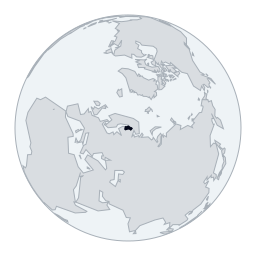 Northern Ostrobothnia highlighted on a globe, orthographic projection, rotated 56°
{"feature_id": "FIN-3180", "entity_name": "Northern Ostrobothnia", "entity_type": "Province", "adm_level": 1, "iso_a3": "FIN", "parent_name": "Finland", "parent_adm1": "", "projection": "orthographic", "projection_center": [26.371, 64.957], "detail": "fine", "context": "on_globe", "style": "filled", "palette": "ink", "viewbox_px": 256, "rotation_deg": 56, "n_neighbors": 0, "source": "natural_earth", "source_scale": "10m", "svg_char_len": 11706}
<svg xmlns="http://www.w3.org/2000/svg" viewBox="0 0 256 256"><g transform="rotate(56 128 128)"><circle cx="128" cy="128" r="113" fill="#eef3f6" stroke="#a8b0b8"/><path d="M25.2,82.1L27.7,76.9L45.9,50.9L49.1,47.7L51.3,46.1L67.9,35.3L55.8,42.0L60.3,38.6L65.8,35.2L65.1,36.0L72.1,33.1L77.5,30.5L86.1,29.2L91.7,32.9L88.5,33.6L90.2,34.5L94.3,33.8L96.6,33.2L108.1,36.7L121.8,37.0L126.1,34.8L125.2,37.2L133.3,31.6L140.7,31.0L132.3,33.2L131.5,34.6L136.5,34.8L136.7,36.3L139.3,37.3L139.1,39.1L134.2,40.5L134.0,41.7L137.5,41.8L139.6,43.8L134.4,43.5L137.4,47.0L129.9,50.2L116.1,48.4L111.8,52.3L97.5,56.1L98.8,57.5L94.2,60.1L93.9,62.8L91.3,62.9L93.4,64.9L95.8,64.3L97.5,65.1L97.5,66.6L94.3,67.0L93.7,66.2L92.8,67.2L91.2,66.7L92.0,67.8L88.0,68.1L92.1,70.1L88.9,72.4L86.3,72.0L86.5,69.0L80.9,61.1L78.2,60.0L74.3,61.4L67.0,70.2L64.1,70.4L60.3,72.9L61.9,74.1L65.4,72.6L67.5,75.6L71.6,73.6L73.0,74.6L77.3,73.9L76.7,77.4L73.8,81.1L70.2,82.0L68.8,83.7L72.3,85.7L65.6,90.1L61.3,98.1L59.5,99.0L56.1,95.4L56.0,88.2L51.6,84.1L54.5,90.2L50.1,92.5L49.4,94.4L49.6,96.4L51.3,96.9L49.8,98.5L46.4,92.9L47.7,91.4L48.8,93.1L48.7,89.8L46.4,86.3L44.3,87.9L42.9,81.4L41.5,82.5L40.4,81.8L42.8,80.5L38.4,82.9L36.5,76.6L30.4,81.1L36.3,73.8L38.4,69.8L40.4,65.4L39.4,66.0L43.5,59.8L44.8,55.7L41.9,56.7L37.9,61.0L33.7,67.6L34.0,68.2L31.9,72.8L30.1,73.0L25.7,82.1L24.3,84.3L22.5,88.4L21.2,92.4L19.6,97.8L19.6,99.2L19.1,103.6L17.9,106.3L18.6,107.0L17.6,111.3L17.4,122.2L17.1,121.9L16.7,134.5L18.2,146.2L18.6,150.6L18.2,150.6L19.2,154.6L19.2,155.5L25.0,171.3L29.4,180.8L30.2,183.6L29.0,181.8L25.5,174.7L22.5,167.4L20.0,160.0L18.0,152.4L16.6,144.6L15.7,136.8L15.4,129.0L15.6,121.1L16.3,113.3L17.6,105.5L19.5,97.9L20.1,95.7L21.0,92.9L21.2,92.2L25.2,82.1ZM28.9,81.9L24.1,93.9L25.3,88.4L25.3,89.1L26.9,85.7L29.2,80.3L30.7,75.8L28.9,81.9ZM30.3,84.3L31.0,82.4L30.6,84.1L30.3,84.3ZM97.6,32.7L94.4,33.7L90.6,33.8L93.2,32.8L97.6,32.7ZM104.9,33.1L103.4,33.9L101.6,32.5L103.0,32.5L104.9,33.1ZM129.1,32.9L126.4,33.1L129.0,32.4L129.1,32.9ZM139.6,37.1L140.3,36.6L141.4,37.4L139.6,37.1ZM77.4,72.1L77.3,73.0L76.6,72.7L77.4,72.1ZM79.3,71.0L78.4,70.0L79.2,69.3L79.7,69.9L79.3,71.0ZM142.0,40.9L143.5,42.4L141.2,41.1L142.0,40.9ZM80.2,72.4L80.6,68.3L82.0,67.1L85.2,68.7L80.2,72.4ZM143.8,43.4L147.3,47.0L149.2,46.1L146.0,50.7L144.0,46.0L140.8,44.6L143.2,44.5L143.8,43.4ZM96.5,63.5L93.9,64.2L96.0,62.2L96.5,63.5ZM97.4,62.0L101.3,55.2L105.2,55.0L103.1,57.3L108.0,56.1L107.9,59.4L105.2,60.8L102.7,60.2L104.6,61.9L97.4,62.0ZM143.6,52.7L143.8,53.8L142.7,52.9L143.6,52.7ZM98.3,65.2L98.8,63.8L102.1,63.5L101.8,66.4L100.8,65.5L98.3,65.2ZM109.3,54.2L111.7,54.6L112.3,57.3L113.4,57.9L108.2,59.5L109.3,54.2ZM100.1,66.4L101.6,67.8L100.1,69.4L98.1,66.6L100.1,66.4ZM103.1,62.3L104.7,62.4L103.7,63.2L103.1,62.3ZM95.5,75.9L96.0,74.1L97.8,73.8L95.5,75.9ZM102.2,68.3L102.7,67.7L103.5,67.4L104.1,68.7L102.2,68.3ZM109.0,61.3L108.8,62.4L111.1,60.8L111.7,62.9L108.2,63.6L109.9,64.2L110.1,64.8L107.0,64.7L109.0,61.3ZM107.0,69.1L102.7,70.9L101.5,74.2L99.9,74.6L102.2,69.1L107.0,69.1ZM107.3,66.5L106.8,68.2L105.0,67.7L104.3,66.3L107.3,66.5ZM113.4,64.1L113.4,60.7L114.2,60.7L113.4,64.1ZM107.0,70.2L108.0,69.7L107.1,70.5L107.0,70.2ZM111.8,66.0L111.7,64.8L112.6,64.8L111.8,66.0ZM110.2,69.9L108.8,70.5L108.3,69.5L110.2,69.9ZM111.2,68.2L112.4,68.5L108.9,68.8L111.0,67.7L111.2,68.2ZM112.6,66.2L113.1,65.8L112.5,66.7L112.6,66.2ZM113.0,73.4L108.7,74.0L107.5,71.8L111.9,71.5L113.0,73.4ZM106.6,238.6L100.6,236.2L103.7,235.3L102.7,233.4L94.0,226.2L95.9,223.1L93.6,220.8L88.7,219.8L86.0,216.8L83.0,215.7L64.6,208.4L59.0,202.1L52.3,186.9L55.6,184.7L56.3,179.1L79.2,170.1L84.0,173.8L102.0,176.7L104.3,178.1L102.1,183.0L115.7,191.4L120.0,187.6L132.3,191.0L140.4,190.2L143.4,180.2L130.0,181.4L127.7,176.5L138.4,171.3L150.1,170.1L149.6,168.2L142.2,164.8L144.9,160.5L139.6,163.3L141.8,165.2L138.5,167.0L136.4,165.4L137.4,163.9L133.9,163.3L129.9,170.9L131.6,173.6L122.4,174.9L124.4,179.6L121.9,181.6L117.6,174.5L118.0,171.9L110.0,163.2L108.7,166.0L116.2,174.5L113.8,173.7L112.2,177.8L111.6,174.0L103.8,164.2L95.5,163.9L84.9,171.4L80.0,170.3L76.0,166.0L79.9,156.0L90.3,159.8L91.8,156.5L89.7,150.0L93.1,151.8L93.5,149.6L97.4,150.7L103.0,146.8L107.0,147.3L109.3,140.7L111.6,140.1L109.6,144.1L110.4,147.2L120.3,148.2L122.3,146.9L122.9,142.6L125.6,143.5L124.9,139.3L130.7,137.6L123.2,136.1L123.7,131.3L127.2,127.7L126.0,125.9L120.4,131.8L119.3,134.5L120.6,137.1L116.6,144.4L113.1,145.2L112.2,136.8L107.2,137.1L108.7,130.6L123.1,118.2L129.1,115.8L139.0,121.8L137.5,125.0L133.3,124.4L137.2,129.4L136.9,126.9L139.1,127.7L140.2,123.5L141.8,123.9L140.1,119.3L142.2,119.3L143.2,122.2L146.7,116.2L151.1,115.2L151.0,113.7L149.8,112.3L156.2,112.0L155.9,110.9L153.7,110.6L151.7,108.2L150.6,104.0L152.9,104.1L153.6,105.6L158.5,109.1L159.9,113.4L160.8,113.0L160.0,109.4L154.1,105.1L152.8,102.5L155.9,104.1L154.7,103.3L154.7,102.1L156.9,101.0L153.7,99.1L151.5,85.9L155.5,82.7L158.5,85.5L159.3,77.0L163.8,74.3L161.8,74.0L160.8,69.9L159.4,70.6L158.3,70.2L155.2,60.3L156.2,58.2L152.5,53.9L151.5,53.7L150.5,55.0L146.0,50.7L149.2,46.1L151.4,46.6L151.9,43.6L156.9,45.3L161.3,45.4L166.4,49.2L169.4,49.1L169.3,47.9L173.2,46.9L182.0,49.3L175.6,52.5L162.7,50.7L168.0,51.8L167.0,53.1L169.0,54.5L172.8,55.3L173.1,54.4L180.2,64.2L189.6,70.1L188.4,65.5L190.5,63.9L200.2,67.3L213.0,82.3L215.9,80.9L217.9,82.2L219.5,86.3L216.6,84.5L215.7,86.9L213.8,85.4L215.4,91.6L212.7,89.7L215.2,95.6L217.3,95.4L216.9,90.6L220.3,96.7L223.4,94.6L226.8,97.1L231.8,110.3L232.4,119.9L233.1,121.3L231.7,123.3L232.2,129.4L236.7,129.1L237.5,130.8L237.2,140.5L236.8,139.5L233.2,144.8L234.2,150.0L237.1,147.0L238.1,148.4L236.7,152.1L235.4,151.1L234.1,152.8L233.2,148.8L229.8,146.2L228.2,151.9L227.2,149.5L222.2,149.3L219.3,157.1L215.6,172.7L217.1,179.2L214.9,184.8L207.4,181.6L203.8,176.3L201.2,179.5L193.4,178.1L180.3,186.1L178.3,184.8L175.9,187.1L170.3,187.4L167.2,184.8L163.9,186.4L172.2,192.8L175.7,191.0L178.4,186.0L180.1,188.6L185.4,188.7L180.0,199.2L160.3,212.7L158.2,208.0L142.3,194.7L142.7,192.6L142.6,192.4L142.4,192.0L141.1,195.5L138.3,192.3L147.0,203.2L148.6,207.7L160.1,213.1L159.0,214.2L162.7,214.7L174.1,208.7L174.2,210.3L168.9,219.3L152.9,231.1L155.0,234.1L153.7,236.5L143.5,239.1L144.2,239.5L141.9,239.8L133.1,240.5L124.2,240.6L115.3,239.9L106.6,238.6ZM71.3,178.2L70.7,179.9L71.3,178.2ZM162.6,173.5L169.5,171.2L166.1,165.8L168.4,164.6L166.4,163.2L165.8,165.5L160.8,161.5L163.6,158.3L162.6,155.6L160.2,156.2L155.8,162.7L163.0,168.3L161.6,171.6L162.6,173.5ZM17.4,122.5L17.2,124.4L17.1,122.6L17.4,122.5ZM24.6,88.5L24.0,90.7L23.4,92.2L23.7,90.7L24.6,88.5ZM21.4,107.0L21.1,109.8L21.0,107.3L21.4,107.0ZM23.6,95.8L21.6,104.9L21.6,100.4L23.0,94.8L22.5,98.1L23.6,95.8ZM29.0,84.5L28.4,86.0L28.0,86.0L29.0,84.5ZM30.0,85.6L30.1,85.1L30.7,84.1L30.0,85.6ZM50.3,92.8L50.5,93.3L50.4,95.4L49.7,94.7L50.3,92.8ZM54.5,103.8L52.0,106.2L53.3,103.9L51.8,103.2L52.7,97.6L58.7,99.2L55.8,99.4L54.5,103.8ZM55.5,90.9L54.3,94.1L55.4,90.5L55.5,90.9ZM92.0,137.3L93.4,139.3L91.8,141.5L86.7,141.3L88.9,138.1L92.0,137.3ZM95.6,141.8L96.1,133.7L99.2,133.6L97.4,135.0L99.4,135.7L97.0,138.2L99.5,146.2L98.3,148.7L89.6,146.7L93.1,145.9L91.6,143.9L95.6,141.8ZM91.7,114.4L92.0,111.3L98.6,115.1L97.6,117.6L92.4,117.5L90.6,114.5L91.7,114.4ZM85.7,76.1L85.4,74.9L86.3,74.8L87.3,75.7L85.7,76.1ZM95.6,75.0L88.0,81.3L87.3,80.2L83.8,85.4L80.4,84.6L82.8,81.2L77.6,84.5L78.4,81.2L75.1,83.8L80.7,76.4L81.3,73.7L82.0,77.0L85.0,77.8L86.5,77.4L91.1,74.0L93.8,68.6L97.3,68.7L99.0,70.2L98.9,71.5L96.7,71.0L98.1,73.1L94.8,73.4L95.6,75.0ZM117.5,89.5L115.0,88.0L117.4,92.9L114.1,93.0L114.6,93.6L112.2,95.0L110.1,97.8L108.6,97.4L108.5,98.7L106.9,99.7L106.2,101.4L103.2,101.2L102.1,103.2L101.4,102.0L100.2,105.6L99.8,102.8L97.7,104.0L99.2,106.0L85.2,101.7L79.7,102.3L75.3,104.3L75.1,99.5L79.1,94.7L84.9,90.7L90.3,90.9L89.2,88.8L91.5,88.4L91.4,90.2L92.9,87.1L94.7,87.2L99.9,84.1L101.0,79.6L102.9,78.4L103.4,80.3L105.0,77.8L107.3,80.5L108.7,79.7L112.4,81.6L112.6,85.7L114.2,84.5L117.0,86.0L117.5,89.5ZM114.0,74.1L114.9,78.7L113.6,81.1L107.7,76.8L106.1,77.1L102.3,74.6L104.3,71.2L105.2,72.2L106.5,72.5L105.4,73.4L107.3,72.8L108.6,74.2L110.5,74.2L110.3,75.7L114.0,74.1ZM106.9,176.5L108.6,177.1L111.3,177.2L110.3,179.9L106.9,176.5ZM101.4,170.0L103.0,169.9L102.9,173.7L101.1,173.2L101.4,170.0ZM103.9,166.8L103.1,169.7L102.5,167.8L103.9,166.8ZM111.1,143.9L112.8,143.6L113.0,144.7L112.0,146.0L111.1,143.9ZM123.9,104.6L122.6,103.2L123.1,102.6L122.4,98.7L124.8,98.4L126.2,100.7L123.9,104.6ZM141.1,182.3L138.7,184.4L137.5,183.6L138.5,183.0L141.1,182.3ZM123.7,183.0L127.7,184.2L123.4,183.7L123.7,183.0ZM126.3,103.6L125.8,102.0L127.3,102.9L126.3,103.6ZM126.5,98.0L128.4,98.7L125.0,97.9L126.5,98.0ZM158.8,236.4L158.3,236.4L161.6,234.5L167.7,232.0L170.7,229.9L172.4,230.4L165.4,234.2L158.8,236.4ZM238.0,152.5L236.7,156.7L232.6,160.0L234.1,156.5L238.0,150.1L237.8,151.4L238.7,148.7L238.4,150.5L238.0,152.5ZM239.8,141.3L239.7,140.8L239.8,138.2L240.1,135.7L239.8,120.9L240.0,118.5L240.4,123.6L240.5,122.7L240.6,132.0L239.8,141.3ZM217.5,179.3L220.0,180.4L218.6,182.7L217.5,179.3ZM238.5,113.5L239.4,119.6L238.3,113.1L238.5,113.5ZM237.2,108.6L237.7,109.4L237.3,110.1L237.2,108.6ZM234.1,122.9L233.8,125.9L233.3,125.2L233.3,121.0L234.1,122.9ZM229.4,99.4L231.5,101.6L232.2,102.9L231.0,102.9L229.4,99.4ZM145.9,99.8L144.2,105.5L144.6,109.6L147.2,111.8L142.7,111.2L142.2,104.8L145.9,99.8ZM150.5,87.6L148.2,85.8L149.6,85.1L150.4,85.4L150.5,87.6ZM148.8,87.6L145.1,88.3L144.1,86.3L147.2,86.1L148.8,87.6ZM135.7,95.9L135.1,97.5L133.8,96.8L135.7,95.9ZM238.7,107.4L238.7,108.8L239.2,112.2L237.6,104.1L238.0,104.2L238.7,107.4ZM237.9,106.2L238.4,109.4L237.5,105.3L237.9,106.2ZM238.2,109.5L237.7,108.6L237.6,106.7L238.2,109.5ZM237.7,104.9L236.6,102.3L237.1,102.5L237.7,104.9ZM236.3,106.7L237.0,104.3L237.1,109.2L234.5,105.5L234.3,103.0L236.3,106.7ZM218.8,77.6L217.4,77.2L216.5,74.8L217.7,75.7L218.8,77.6ZM212.2,66.8L215.8,74.0L218.5,80.0L218.8,78.9L221.5,81.8L219.7,82.6L216.1,77.1L214.5,72.8L212.0,70.9L209.4,67.1L206.5,66.1L204.6,64.1L206.8,63.8L212.2,66.8ZM205.2,65.8L199.1,63.1L198.4,59.3L199.6,59.1L202.7,61.9L202.9,63.7L205.2,65.8ZM197.5,61.4L197.6,63.1L188.9,63.7L186.8,62.9L193.1,60.3L193.6,61.8L195.8,62.4L197.5,61.4ZM144.9,53.6L143.9,53.8L144.4,52.9L144.9,53.6ZM157.6,70.7L156.2,69.9L156.9,68.9L157.6,70.7ZM152.9,67.3L153.0,68.9L151.9,67.1L152.9,67.3ZM153.5,72.8L152.6,69.6L154.8,72.8L153.5,72.8Z" fill="#d9dde1" stroke="#a8b0b8" stroke-width="1"/><path d="M130.5,125.0L130.6,125.3L130.7,125.5L130.8,125.6L130.9,125.9L130.9,126.0L131.0,126.2L131.0,126.4L131.0,126.5L130.9,126.5L130.7,126.6L130.8,126.7L130.8,126.8L130.7,126.8L130.4,126.8L130.2,127.0L129.9,127.1L129.8,127.3L129.4,127.4L129.3,127.5L129.2,127.7L128.8,127.7L128.8,127.8L128.8,128.0L128.8,128.3L128.7,128.3L128.4,128.4L128.5,128.4L128.5,128.5L128.4,128.5L128.2,128.6L128.1,128.8L127.9,128.9L128.0,129.0L128.2,129.3L128.3,129.3L128.4,129.6L128.4,129.8L127.9,130.2L127.9,130.3L127.9,130.6L127.8,130.8L127.8,131.0L127.7,131.0L127.6,130.9L127.4,130.8L127.2,130.8L127.1,130.7L126.9,130.7L126.9,130.8L126.6,130.6L126.4,130.4L126.3,130.2L126.2,130.1L126.1,129.9L126.0,129.7L125.9,129.6L125.7,129.5L125.7,129.4L125.8,129.4L125.9,129.2L126.0,129.2L126.2,128.9L126.3,128.8L126.3,128.7L126.5,128.4L126.6,128.2L126.8,128.2L127.0,128.1L127.0,128.3L127.2,128.2L127.0,127.9L127.1,128.0L127.2,127.9L127.2,127.7L127.1,127.4L127.2,127.2L127.1,126.9L127.0,126.7L127.3,126.4L127.5,126.4L127.8,126.3L127.8,126.5L128.4,126.5L128.6,126.4L128.8,126.1L129.0,126.1L129.1,126.3L129.5,126.3L129.7,126.2L129.6,125.9L129.8,125.9L129.8,125.7L129.9,125.4L129.7,125.4L129.7,125.2L129.8,125.1L130.2,125.1L130.3,125.1L130.5,125.0ZM126.9,127.8L126.7,127.8L126.7,128.0L126.6,127.9L126.6,128.0L126.5,127.9L126.6,127.7L126.8,127.7L126.8,127.8L126.9,127.8Z" fill="#0f172a" stroke="#020617" stroke-width="1.5"/></g></svg>